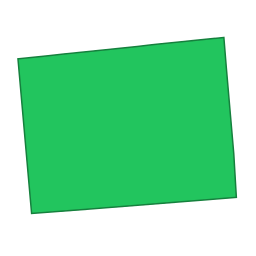 the district of Taney, Missouri, United States of America, rotated 174°
{"feature_id": "52423323B86521860314326", "entity_name": "Taney", "entity_type": "district", "adm_level": 2, "iso_a3": "USA", "parent_name": "United States of America", "parent_adm1": "Missouri", "projection": "equal_earth", "projection_center": [-93.064, 36.657], "detail": "fine", "context": "isolated", "style": "filled", "palette": "green", "viewbox_px": 256, "rotation_deg": 174, "n_neighbors": 0, "source": "geoboundaries", "source_scale": "gbopen_adm2", "svg_char_len": 418}
<svg xmlns="http://www.w3.org/2000/svg" viewBox="0 0 256 256"><g transform="rotate(174 128 128)"><path d="M177.8,51.5L87.5,49.2L57.3,48.4L27.5,47.7L25.5,91.4L23.9,178.2L23.2,208.0L31.5,208.0L32.5,208.1L85.8,208.3L95.4,208.3L109.5,208.1L110.0,208.1L116.9,208.1L117.3,208.1L183.7,208.3L183.8,208.3L199.0,208.2L204.8,208.2L230.2,208.3L232.8,53.1L177.8,51.5Z" fill="#22c55e" stroke="#15803d" stroke-width="1.5"/></g></svg>